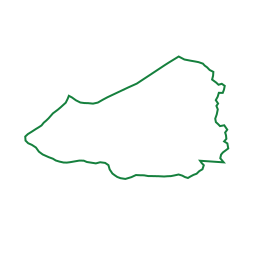 Conchal, São Paulo, Brazil (Robinson projection), rotated 79°
{"feature_id": "56859067B87062650378745", "entity_name": "Conchal", "entity_type": "district", "adm_level": 2, "iso_a3": "BRA", "parent_name": "Brazil", "parent_adm1": "São Paulo", "projection": "robinson", "projection_center": [-47.137, -22.383], "detail": "fine", "context": "isolated", "style": "outline", "palette": "green", "viewbox_px": 256, "rotation_deg": 79, "n_neighbors": 0, "source": "geoboundaries", "source_scale": "gbopen_adm2", "svg_char_len": 1547}
<svg xmlns="http://www.w3.org/2000/svg" viewBox="0 0 256 256"><g transform="rotate(79 128 128)"><path d="M85.1,179.9L87.9,181.7L91.3,184.3L94.8,190.1L96.7,193.5L99.3,198.9L103.4,204.2L105.2,207.0L106.7,209.7L109.0,212.4L110.3,215.6L111.4,218.6L113.3,223.3L114.9,227.5L116.8,230.5L120.8,231.0L123.9,228.9L126.2,225.6L129.6,222.1L134.2,220.0L137.7,216.8L141.5,211.4L143.8,207.6L146.1,205.1L147.9,201.7L149.6,197.8L150.3,194.6L150.5,191.6L150.7,182.1L151.6,177.7L153.5,174.9L154.8,171.3L156.6,166.3L156.3,161.9L157.9,157.1L160.7,154.3L165.2,153.9L169.7,152.0L171.9,150.0L174.0,147.9L175.8,145.0L177.5,140.3L176.9,134.1L175.7,129.2L176.7,125.1L177.5,121.3L179.0,117.4L180.0,112.6L181.3,106.6L182.5,101.8L182.9,98.3L183.4,95.1L183.4,91.5L183.3,87.2L185.1,83.8L187.0,81.5L188.5,78.7L187.5,75.9L186.5,72.6L186.0,69.4L183.9,66.2L182.7,62.8L179.0,60.7L176.5,62.3L173.9,63.5L180.0,40.6L175.3,43.2L171.9,41.7L170.1,39.5L167.2,33.5L162.1,33.4L159.5,36.2L157.4,33.5L153.9,33.2L151.0,33.5L148.6,30.9L143.7,33.0L143.7,37.3L141.4,38.8L139.0,40.6L135.5,40.6L131.6,38.3L126.8,36.3L123.2,37.0L121.2,34.9L117.4,36.5L114.4,34.0L110.8,32.1L111.6,28.3L108.7,26.5L105.1,25.0L102.5,27.5L102.8,30.9L100.2,32.8L96.5,36.2L92.9,34.5L89.2,33.5L86.6,36.8L83.5,38.8L81.4,40.8L79.1,42.2L76.8,46.2L75.4,49.7L73.8,53.9L71.5,59.6L67.5,64.6L71.6,75.6L73.3,79.9L80.5,97.3L82.1,101.2L83.2,103.9L86.1,110.9L88.3,120.3L93.9,142.3L95.4,147.2L97.3,152.8L97.4,157.7L96.0,162.4L95.2,166.0L93.9,169.9L90.9,173.8L87.3,177.2L85.1,179.9Z" fill="none" stroke="#15803d" stroke-width="2"/></g></svg>